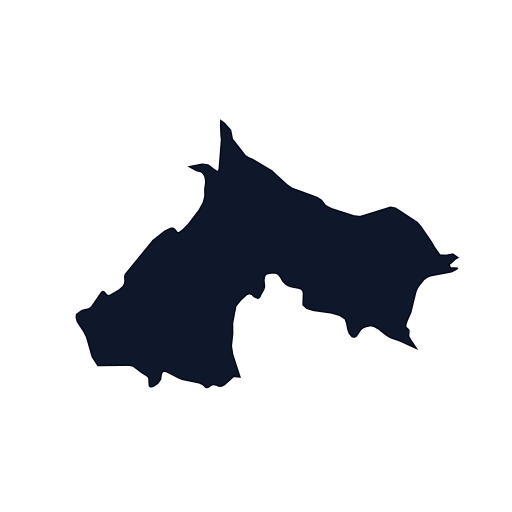 an SVG outline of Koprivničko-Križevačka, rotated 341°
{"feature_id": "HRV-1608", "entity_name": "Koprivničko-Križevačka", "entity_type": "County", "adm_level": 1, "iso_a3": "HRV", "parent_name": "Croatia", "parent_adm1": "", "projection": "albers", "projection_center": [16.81, 46.118], "detail": "fine", "context": "isolated", "style": "filled", "palette": "ink", "viewbox_px": 512, "rotation_deg": 341, "n_neighbors": 0, "source": "natural_earth", "source_scale": "10m", "svg_char_len": 2652}
<svg xmlns="http://www.w3.org/2000/svg" viewBox="0 0 512 512"><g transform="rotate(341 256 256)"><path d="M274.6,146.3L278.4,157.5L281.1,160.9L283.9,163.3L298.5,180.5L308.2,198.5L311.9,203.6L332.7,220.5L336.0,224.7L337.9,230.8L342.5,235.7L361.4,249.9L367.3,252.7L399.1,253.7L403.5,256.3L419.3,276.7L421.4,282.0L426.4,300.1L427.4,305.7L430.2,315.1L436.3,317.4L442.7,318.3L446.3,323.2L443.3,323.8L438.5,326.0L435.8,326.7L435.8,330.6L441.6,332.6L442.3,333.2L441.9,333.5L439.3,334.1L435.4,334.5L414.9,331.5L411.1,331.6L407.1,332.8L399.7,337.5L397.6,339.3L395.5,341.7L384.0,359.6L377.7,366.4L375.2,369.7L374.4,372.1L376.1,375.1L376.3,376.5L374.5,380.4L374.2,382.3L374.7,385.1L377.4,395.4L363.7,382.4L358.2,378.2L356.0,376.2L353.6,373.3L348.3,365.0L345.1,361.3L341.9,359.1L336.7,358.5L333.7,358.7L331.1,359.6L324.7,364.4L322.4,364.7L320.6,363.5L319.0,359.3L319.1,354.7L319.9,349.1L319.9,344.4L315.7,339.2L308.7,334.3L292.6,326.1L287.0,322.0L284.6,317.5L288.8,306.5L289.0,303.9L287.9,301.8L285.8,300.2L279.3,296.5L276.8,294.5L274.9,292.1L273.7,289.6L273.1,288.1L272.8,285.8L271.8,282.1L270.8,280.1L269.4,278.7L266.7,277.6L263.9,276.8L261.2,276.4L259.0,276.7L257.2,278.2L255.6,281.4L254.2,287.3L253.4,288.8L251.8,290.7L248.1,293.9L247.0,295.1L245.7,296.3L244.0,296.5L241.1,293.9L239.7,291.0L237.4,289.3L234.3,289.5L227.2,292.6L220.6,296.7L216.6,303.6L211.9,311.9L208.7,321.6L203.3,333.1L201.8,341.6L201.4,365.2L195.7,362.5L184.1,367.4L181.1,367.8L178.6,367.0L177.0,365.4L173.8,363.5L171.4,363.5L168.1,364.5L166.6,364.3L165.5,363.6L164.9,361.8L163.4,359.7L161.0,357.4L146.0,348.5L143.7,346.5L133.7,336.1L131.5,334.9L130.0,334.9L128.9,335.8L127.8,337.2L127.0,338.6L125.8,341.3L124.3,342.5L121.5,344.4L116.2,345.8L113.9,345.4L112.9,344.3L113.7,340.9L114.6,338.1L114.9,336.8L114.8,335.5L114.2,334.2L113.3,333.0L110.2,329.2L103.9,319.8L99.6,317.6L70.9,308.1L68.4,298.0L69.5,277.5L68.6,271.0L65.7,259.8L66.1,255.5L67.4,252.8L73.4,251.0L74.8,250.9L80.4,251.6L82.2,251.2L84.2,250.4L98.0,240.2L99.4,239.7L100.3,240.1L100.9,241.0L101.8,243.6L102.5,244.8L103.6,245.5L105.4,245.7L115.7,243.6L120.5,241.6L122.7,239.4L124.1,236.9L125.2,232.8L126.4,230.9L163.9,207.7L178.1,202.8L184.6,202.1L186.6,202.8L187.8,204.4L189.1,208.2L190.5,209.0L195.4,207.5L202.8,203.8L217.2,194.2L223.7,188.2L227.2,183.0L229.4,176.2L232.2,170.7L233.2,167.5L233.6,164.5L233.3,162.2L232.8,160.3L232.1,159.0L231.2,158.2L227.5,155.8L222.2,149.9L235.4,151.8L240.3,154.4L241.7,156.4L243.8,159.7L247.0,163.9L248.3,163.4L249.5,161.9L261.1,135.3L261.6,133.8L262.1,131.1L265.3,120.5L266.8,116.6L269.1,119.8L272.9,128.9L271.6,137.8L274.6,146.3Z" fill="#0f172a" stroke="#020617" stroke-width="1.5"/></g></svg>